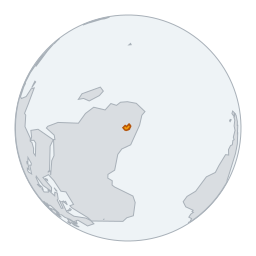 Omaheke on an orthographic globe, rotated 224°
{"feature_id": "NAM-3353", "entity_name": "Omaheke", "entity_type": "Region", "adm_level": 1, "iso_a3": "NAM", "parent_name": "Namibia", "parent_adm1": "", "projection": "orthographic", "projection_center": [18.894, -22.054], "detail": "fine", "context": "on_globe", "style": "filled", "palette": "amber", "viewbox_px": 256, "rotation_deg": 224, "n_neighbors": 0, "source": "natural_earth", "source_scale": "10m", "svg_char_len": 5150}
<svg xmlns="http://www.w3.org/2000/svg" viewBox="0 0 256 256"><g transform="rotate(224 128 128)"><circle cx="128" cy="128" r="113" fill="#eef3f6" stroke="#a8b0b8"/><path d="M17.6,105.6L18.8,101.9L18.3,103.7L19.3,107.0L22.3,106.1L23.0,109.6L22.4,112.8L23.9,112.3L24.0,114.1L31.7,111.4L37.1,113.3L38.0,119.8L35.4,129.5L37.7,147.3L34.3,156.7L36.5,164.1L39.3,176.6L36.8,178.5L40.7,182.3L42.0,186.5L41.3,188.4L43.9,191.9L43.5,193.3L45.8,194.5L49.3,200.6L53.1,203.2L56.7,207.9L59.3,209.3L59.1,209.9L60.1,211.1L61.5,212.2L59.2,212.3L53.8,208.6L51.2,205.8L50.9,206.2L44.8,199.3L46.1,201.2L38.3,192.5L32.9,184.2L22.0,162.6L20.5,159.4L19.4,157.9L19.0,156.5L17.2,148.1L16.0,139.7L15.4,131.1L15.5,122.6L16.2,114.1L17.6,105.6ZM64.5,212.9L60.1,212.8L61.9,212.5L59.7,209.9L63.3,210.6L64.5,212.9ZM59.5,205.6L59.0,203.5L59.9,203.7L60.4,205.2L59.5,205.6ZM143.7,16.5L143.3,16.4L139.0,15.9L143.4,16.6L142.9,16.4L145.1,16.7L145.6,16.8L153.6,18.3L161.4,20.4L169.0,23.1L176.5,26.3L183.6,30.1L190.5,34.3L197.1,39.0L203.3,44.2L209.1,49.9L214.5,55.9L219.5,62.3L224.0,69.0L228.0,76.1L231.4,83.4L234.4,90.9L236.8,98.7L238.6,106.5L236.3,97.5L237.6,104.2L239.5,113.6L240.2,122.2L239.5,117.5L238.6,109.8L237.7,106.2L236.7,100.0L233.5,89.4L232.7,88.8L231.6,85.3L227.1,75.9L225.2,75.1L223.1,79.9L224.9,89.0L223.3,91.7L216.3,75.7L212.6,66.7L210.5,66.2L203.0,57.4L191.2,52.8L189.2,50.6L187.0,50.8L181.7,47.7L178.5,44.3L175.4,43.8L183.9,53.1L187.1,53.8L189.4,51.5L191.2,54.7L196.2,58.8L191.8,64.6L173.7,67.6L171.4,60.8L155.0,43.0L155.2,41.4L155.1,41.2L154.8,40.9L153.9,43.4L150.9,40.4L160.2,51.6L162.0,56.7L173.5,68.0L172.5,68.9L176.1,71.6L186.7,71.3L186.9,73.5L182.2,83.4L167.0,97.0L168.7,108.9L167.1,119.1L157.0,125.1L157.3,133.7L152.0,136.3L151.3,141.3L146.7,146.5L139.2,151.5L127.2,151.6L126.9,146.8L121.6,138.0L114.4,117.8L117.9,108.6L117.0,101.9L108.3,88.4L110.2,80.7L107.7,77.9L102.7,79.1L99.8,75.9L96.8,76.2L77.2,82.5L71.1,79.4L63.2,68.6L66.5,62.6L66.8,57.3L89.6,35.8L94.9,35.6L113.4,31.5L115.8,31.8L114.1,35.2L128.3,38.9L132.4,35.9L144.8,38.7L152.8,39.2L154.8,33.3L141.7,32.1L139.0,29.3L149.1,27.7L160.5,29.6L159.8,28.5L152.2,25.5L154.4,24.4L149.6,24.5L151.8,25.6L148.8,25.8L146.6,24.9L147.4,24.4L143.9,23.7L140.7,26.6L142.6,28.0L133.6,28.3L136.0,30.9L133.7,32.1L128.8,28.3L128.9,27.0L120.1,23.9L119.1,25.2L127.4,28.3L125.0,28.1L123.7,30.5L122.8,28.5L114.0,25.2L105.6,27.0L95.6,34.0L90.5,35.5L86.0,35.4L89.0,29.5L99.9,26.9L101.1,25.3L98.4,24.0L101.9,23.5L102.1,22.8L106.2,22.0L111.4,19.9L115.5,19.4L117.0,17.7L119.3,17.4L117.7,18.3L118.8,18.9L128.9,18.5L130.7,18.2L130.8,17.3L133.6,17.5L132.5,16.7L138.0,16.8L130.3,16.3L130.3,15.8L133.4,15.6L132.0,15.5L127.1,15.8L126.3,16.1L127.9,16.4L124.7,17.8L121.4,18.2L119.5,16.8L114.6,17.4L115.3,16.6L124.8,15.4L134.3,15.5L143.7,16.5ZM239.1,109.6L238.9,108.5L239.1,109.6ZM82.3,44.8L81.8,46.3L82.3,44.8ZM173.0,35.4L179.5,37.3L175.7,33.2L177.8,33.7L175.7,32.2L175.3,32.9L170.1,29.3L172.5,29.2L171.2,27.9L169.0,27.2L165.4,28.0L172.9,33.0L171.8,34.0L173.0,35.4ZM18.8,101.7L18.9,102.3L18.5,103.1L18.8,101.7ZM99.3,20.7L100.9,20.6L99.5,21.5L94.4,23.0L96.2,21.8L99.3,20.7ZM103.4,20.5L102.9,19.2L106.1,18.4L104.4,19.0L106.6,18.6L104.4,19.5L107.8,20.5L106.9,21.3L97.9,23.2L101.3,22.0L99.6,22.0L103.4,20.5ZM118.2,30.5L120.0,30.5L122.8,30.2L122.0,31.9L118.2,30.5ZM112.2,28.2L113.7,27.9L114.0,29.7L112.1,29.8L112.2,28.2ZM114.4,26.3L113.8,27.7L113.0,27.0L114.4,26.3ZM119.2,18.1L120.9,17.9L121.1,18.1L120.3,18.5L119.2,18.1ZM152.7,34.0L150.6,35.0L149.3,34.3L150.3,34.1L152.7,34.0ZM135.7,32.8L139.7,33.7L135.4,33.3L135.7,32.8ZM185.1,188.4L184.9,190.6L183.6,190.1L185.1,188.4ZM184.9,120.7L176.3,138.2L171.4,137.4L171.1,131.5L174.7,120.5L180.5,118.4L183.6,114.1L184.9,120.7ZM239.3,145.1L239.6,141.7L239.6,137.9L239.9,136.6L239.9,141.1L239.7,142.4L239.3,145.1ZM239.9,136.4L239.5,127.6L237.0,108.1L238.0,110.1L240.2,124.1L240.1,125.3L240.3,131.5L239.9,136.4ZM225.3,90.1L227.5,97.0L226.4,97.0L225.3,90.1ZM218.4,195.2L219.0,193.5L220.6,190.4L222.6,187.9L228.8,176.9L228.5,177.8L231.7,171.2L231.9,171.4L228.1,179.7L223.6,187.6L218.4,195.2Z" fill="#d9dde1" stroke="#a8b0b8" stroke-width="1"/><path d="M131.8,124.7L131.8,125.0L131.8,125.5L131.8,126.0L131.8,126.3L131.8,126.5L131.8,126.9L131.8,127.0L131.8,127.3L131.8,127.5L131.8,127.8L131.7,127.9L131.3,127.9L130.8,127.9L130.4,127.9L130.0,127.9L130.0,128.1L130.0,128.4L130.0,128.7L130.0,129.0L130.0,129.3L130.0,129.6L130.0,129.9L130.0,130.3L130.0,130.5L130.0,130.9L130.0,131.3L130.0,131.6L128.8,131.6L128.7,131.5L128.7,131.2L128.5,131.3L128.3,131.3L128.3,131.2L128.2,131.2L127.8,131.3L127.6,131.3L127.5,131.2L127.4,131.2L127.2,130.9L127.3,130.6L127.0,130.3L127.0,130.2L127.0,129.9L127.1,129.7L127.0,129.8L126.9,129.8L126.9,129.6L126.9,129.3L126.8,129.1L126.8,128.8L126.7,128.8L126.7,128.7L126.4,128.6L126.3,128.4L126.3,128.1L126.5,128.1L126.5,127.9L126.6,127.7L126.6,127.4L126.7,127.2L126.8,127.2L126.8,126.9L126.8,126.7L126.7,126.6L126.8,126.4L127.0,126.4L127.1,126.2L127.3,126.0L127.3,125.9L127.4,125.6L127.7,125.0L127.8,125.0L127.9,124.9L128.8,124.6L129.0,124.4L130.6,124.6L130.8,124.7L131.0,124.7L131.3,124.7L131.5,124.7L131.8,124.7L131.8,124.7Z" fill="#f59e0b" stroke="#b45309" stroke-width="1.5"/></g></svg>